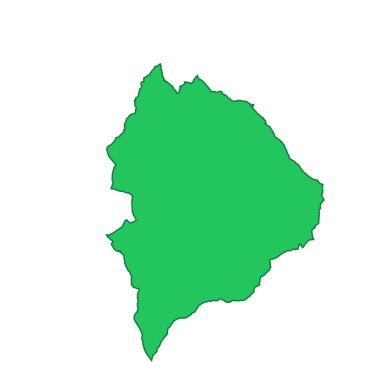 outline of Tigveni, Arges, Romania, rotated 61°
{"feature_id": "2599482B38014929426493", "entity_name": "Tigveni", "entity_type": "district", "adm_level": 2, "iso_a3": "ROU", "parent_name": "Romania", "parent_adm1": "Arges", "projection": "natural_earth1", "projection_center": [24.538, 45.154], "detail": "fine", "context": "isolated", "style": "filled", "palette": "green", "viewbox_px": 384, "rotation_deg": 61, "n_neighbors": 0, "source": "geoboundaries", "source_scale": "gbopen_adm2", "svg_char_len": 5959}
<svg xmlns="http://www.w3.org/2000/svg" viewBox="0 0 384 384"><g transform="rotate(61 192 192)"><path d="M319.7,309.0L316.2,305.8L314.5,300.1L312.2,298.5L311.1,295.5L307.4,290.7L304.1,282.4L300.8,280.3L299.4,278.6L299.3,277.0L295.9,270.4L296.0,264.5L296.8,263.1L297.2,261.7L298.2,260.5L298.8,259.2L299.2,257.1L298.5,251.5L297.9,251.1L297.9,250.0L298.5,248.4L295.9,243.2L294.7,241.3L294.3,237.0L294.4,234.2L295.2,232.3L295.1,230.6L296.3,229.3L296.8,227.8L297.0,226.2L297.8,225.3L298.0,224.5L299.4,222.5L299.3,221.6L298.7,220.1L299.0,219.2L300.1,218.1L305.1,215.1L306.4,213.5L306.6,212.6L306.7,210.9L306.3,209.1L307.3,207.9L308.7,205.7L309.3,204.8L309.8,203.8L310.4,201.8L311.1,200.7L311.7,199.3L312.0,197.3L311.8,195.8L311.3,194.7L310.9,191.4L310.2,189.7L309.6,186.9L309.3,186.3L307.3,185.1L306.6,184.1L305.7,183.1L305.7,182.5L306.0,181.2L305.9,177.8L305.1,177.5L304.4,177.5L303.8,176.4L303.2,176.0L302.2,175.7L301.2,174.9L300.9,174.5L299.5,172.8L299.8,170.1L298.4,164.7L297.9,164.4L297.8,162.1L295.8,159.5L294.6,159.2L291.4,157.8L290.1,157.5L289.1,157.1L289.0,156.5L289.4,155.7L289.8,153.2L290.3,150.9L290.1,147.2L289.7,145.3L289.4,141.0L289.6,139.4L289.5,137.4L290.6,135.3L291.1,133.9L290.8,131.6L291.1,130.9L291.3,130.3L291.7,130.0L292.3,129.7L293.2,127.3L292.8,126.3L290.8,124.7L290.4,124.0L290.0,123.6L289.7,122.5L292.1,122.4L294.3,122.1L293.4,120.1L292.4,118.3L291.6,116.3L290.8,113.0L291.0,112.1L292.5,108.6L291.1,108.7L286.3,107.1L283.9,106.1L282.8,104.0L282.8,103.5L283.0,102.7L282.9,102.3L281.0,99.7L281.0,97.6L280.7,96.4L271.8,90.7L270.0,90.2L269.4,89.4L268.4,87.3L266.6,86.8L265.4,86.2L263.6,82.6L263.1,80.4L258.2,80.2L256.6,79.1L255.4,77.6L251.3,75.8L248.9,73.9L247.9,74.9L246.0,76.2L242.3,76.6L241.4,78.1L240.4,79.3L238.8,80.4L234.9,82.4L228.8,84.6L225.1,85.4L222.7,85.6L221.0,85.5L218.7,86.2L217.8,86.9L215.1,87.5L211.1,89.9L209.4,90.5L208.2,90.1L207.3,89.6L205.4,89.8L201.8,89.3L194.7,88.7L194.0,89.1L192.0,89.2L189.0,90.2L188.1,90.7L187.0,91.0L186.2,91.6L184.8,92.3L184.8,92.5L182.7,92.5L181.6,92.3L178.2,92.0L176.1,92.3L172.7,92.4L171.5,93.0L170.0,94.3L168.4,94.5L167.8,95.0L167.7,93.9L166.8,93.9L165.4,93.2L162.7,94.0L162.4,93.7L161.7,93.9L161.8,94.4L156.0,96.2L155.2,96.7L152.9,97.1L149.5,98.0L147.5,98.3L147.1,98.2L146.8,97.6L146.8,97.2L145.4,95.7L144.6,98.1L145.3,98.9L144.0,99.4L143.2,98.5L139.3,100.6L138.1,101.7L138.0,102.6L135.1,105.7L133.4,110.6L132.0,112.6L127.1,114.7L125.2,115.1L123.9,115.5L122.1,116.8L120.4,118.1L118.9,117.2L117.7,118.4L117.1,119.5L117.0,119.8L117.3,121.1L117.1,121.7L116.8,122.2L116.1,122.8L115.6,123.1L115.1,123.6L114.1,125.5L113.3,126.4L112.7,126.6L110.7,126.6L108.6,127.1L103.5,128.0L101.1,128.6L97.5,130.2L97.4,131.2L92.8,130.9L93.3,132.8L94.3,134.6L94.5,135.7L94.8,136.0L95.5,136.4L95.7,137.1L96.5,138.6L97.1,140.0L96.2,140.4L95.3,141.3L94.4,142.0L93.8,143.2L93.0,143.8L92.3,145.1L92.9,145.2L93.4,145.6L93.7,146.1L93.9,146.7L94.1,147.9L93.8,150.6L93.9,151.4L94.2,151.7L94.4,151.7L94.9,151.1L95.3,151.1L95.8,151.6L96.1,152.7L96.7,153.5L97.5,154.3L98.8,155.1L98.9,155.4L98.7,156.3L98.4,157.2L97.4,157.1L95.0,157.3L94.6,157.4L93.8,157.9L93.4,158.0L89.8,158.0L83.5,160.5L83.0,160.9L83.0,161.1L83.3,161.3L83.0,161.5L81.8,161.7L81.5,161.4L81.1,161.4L80.9,161.7L80.7,162.3L80.6,162.5L79.9,162.1L78.7,161.6L76.4,161.5L73.6,160.4L68.6,159.3L68.2,159.1L67.3,158.4L66.7,158.0L65.9,157.8L64.6,157.7L64.7,159.5L65.1,160.4L65.2,160.8L64.8,162.1L64.3,162.8L64.3,163.2L65.2,165.0L65.9,165.6L66.1,165.9L66.4,167.9L67.2,169.3L68.0,171.4L69.3,172.6L68.5,174.3L69.0,177.0L69.0,177.8L68.9,179.0L69.4,179.1L70.9,179.9L71.8,180.0L71.9,180.5L71.8,180.9L71.8,181.5L71.5,181.8L71.7,183.0L71.9,183.9L74.3,184.5L75.9,185.5L76.6,186.4L76.8,188.1L77.0,188.1L77.8,188.7L79.9,190.7L81.8,192.3L82.2,193.0L82.5,194.0L82.5,195.7L84.2,196.7L84.7,197.1L84.0,197.7L85.2,198.2L87.7,199.6L88.4,199.8L90.8,199.8L91.4,200.1L93.3,201.9L94.4,202.5L94.6,202.8L95.4,203.7L95.4,204.1L95.3,205.2L94.6,207.4L94.6,208.6L94.9,209.7L95.9,211.6L96.0,213.1L96.7,214.2L97.8,215.3L98.7,215.8L99.0,216.2L99.2,217.0L99.4,217.4L100.9,218.8L102.4,219.2L105.3,220.7L105.1,221.1L104.8,221.5L105.4,221.8L105.7,222.1L106.3,222.9L106.7,223.8L107.4,226.7L108.5,229.7L107.9,231.0L107.8,232.3L108.0,232.6L108.7,233.2L109.8,235.0L111.2,239.0L111.5,240.5L111.3,241.7L111.3,242.3L111.7,244.3L112.3,244.9L113.7,246.0L114.9,246.2L119.5,247.2L121.1,247.3L122.4,247.1L127.9,246.0L130.9,245.6L131.5,245.6L131.9,246.0L132.2,247.2L133.0,248.3L134.5,249.9L137.7,252.9L142.8,256.0L144.3,256.1L145.7,256.5L146.9,257.8L149.7,261.1L151.3,259.2L156.6,254.4L157.5,252.4L158.9,251.5L159.2,250.8L160.2,250.3L161.9,248.5L162.0,247.9L165.9,245.9L167.9,246.8L169.3,247.7L171.1,249.2L178.7,252.8L180.3,253.7L184.1,254.3L188.9,254.1L189.7,255.7L189.8,257.0L189.6,259.5L188.7,261.0L187.8,261.9L186.0,262.2L184.8,262.7L184.6,263.6L184.8,264.5L185.2,265.4L186.0,266.0L186.6,267.0L187.8,268.6L188.6,269.9L189.6,280.2L189.6,285.3L188.2,287.4L189.1,287.3L189.6,287.6L190.2,287.7L190.8,287.3L191.1,286.7L192.1,286.8L193.2,286.5L193.7,286.2L195.0,285.9L195.7,285.3L196.5,285.0L196.9,285.2L197.4,285.8L198.4,287.8L204.4,287.6L205.7,287.1L207.9,285.9L208.2,285.5L208.1,284.7L208.5,284.2L208.5,283.3L208.9,283.1L210.0,284.0L211.1,283.3L213.5,282.6L214.4,282.2L215.3,282.3L216.5,283.6L218.1,283.7L219.1,283.9L219.5,284.4L220.1,284.7L221.7,285.3L222.7,285.3L223.9,285.7L226.8,285.7L227.7,285.9L228.7,285.8L229.7,286.0L232.1,285.3L232.9,285.3L234.6,285.7L236.4,285.7L238.5,287.0L243.5,289.8L245.7,289.6L247.0,289.3L249.0,287.4L251.5,285.0L252.6,286.2L253.8,288.0L255.8,289.7L258.5,291.2L259.6,291.4L261.2,292.1L261.7,292.0L262.9,293.3L263.1,293.9L266.6,295.5L268.8,296.2L269.5,297.6L270.2,298.3L270.7,299.2L270.9,300.2L272.2,302.5L273.6,303.3L274.0,303.3L275.6,304.4L278.3,304.1L280.5,304.2L281.6,304.0L285.9,303.8L289.0,304.1L290.9,304.1L291.3,304.3L292.8,304.6L295.5,306.8L298.3,307.3L301.9,308.7L306.4,309.9L310.0,310.1L313.6,309.9L319.7,309.0Z" fill="#22c55e" stroke="#15803d" stroke-width="1.5"/></g></svg>